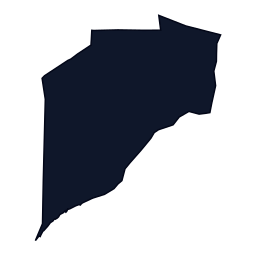 Atar, Adrar, Mauritania
{"feature_id": "47542326B12791497255333", "entity_name": "Atar", "entity_type": "district", "adm_level": 2, "iso_a3": "MRT", "parent_name": "Mauritania", "parent_adm1": "Adrar", "projection": "albers", "projection_center": [-13.574, 20.45], "detail": "fine", "context": "isolated", "style": "filled", "palette": "ink", "viewbox_px": 256, "rotation_deg": 0, "n_neighbors": 0, "source": "geoboundaries", "source_scale": "gbopen_adm2", "svg_char_len": 1031}
<svg xmlns="http://www.w3.org/2000/svg" viewBox="0 0 256 256"><path d="M35.4,240.6L38.2,237.0L39.4,236.0L40.2,236.5L40.9,234.9L42.8,231.3L43.8,230.6L47.8,226.1L50.3,222.7L53.0,220.9L53.6,219.9L54.8,218.8L55.3,219.2L57.2,218.1L58.5,216.9L59.9,214.5L62.3,213.2L63.0,212.9L63.7,212.2L64.2,211.7L64.8,211.1L65.2,211.7L65.4,211.1L65.9,210.6L66.1,211.2L66.3,211.7L66.9,211.0L67.9,208.9L68.6,209.2L69.8,208.8L75.7,205.8L78.9,204.6L80.4,205.0L80.8,204.3L82.4,202.9L91.8,198.5L93.3,197.9L104.6,194.3L114.0,188.6L117.9,184.0L121.9,180.6L125.0,168.8L129.2,163.7L130.1,162.6L141.1,150.1L146.3,143.8L150.9,138.2L154.2,132.6L158.5,129.7L173.1,124.8L179.2,117.0L188.9,111.4L199.1,114.1L205.6,113.3L209.9,112.6L211.7,103.3L215.6,85.7L213.8,71.1L216.4,61.3L216.5,53.8L216.8,43.5L220.6,34.9L185.6,25.9L158.8,15.4L160.7,30.2L143.5,30.3L117.9,29.9L93.7,30.5L91.8,30.3L91.3,40.2L91.1,43.1L91.0,45.1L77.7,53.9L70.8,59.1L67.9,60.4L44.6,75.7L42.1,78.3L45.3,99.2L43.3,180.1L42.5,223.7L35.4,240.6Z" fill="#0f172a" stroke="#020617" stroke-width="1.5"/></svg>